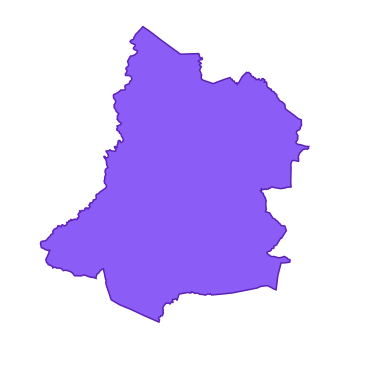 outline of Chu Puh, Gia Lai, Vietnam, rotated 114°
{"feature_id": "81297802B62904822955283", "entity_name": "Chu Puh", "entity_type": "district", "adm_level": 2, "iso_a3": "VNM", "parent_name": "Vietnam", "parent_adm1": "Gia Lai", "projection": "orthographic", "projection_center": [108.066, 13.509], "detail": "fine", "context": "isolated", "style": "filled", "palette": "violet", "viewbox_px": 384, "rotation_deg": 114, "n_neighbors": 0, "source": "geoboundaries", "source_scale": "gbopen_adm2", "svg_char_len": 6000}
<svg xmlns="http://www.w3.org/2000/svg" viewBox="0 0 384 384"><g transform="rotate(114 192 192)"><path d="M60.9,304.1L61.1,304.4L63.0,304.7L71.3,307.7L72.5,307.6L73.9,307.9L76.2,307.6L77.0,308.1L78.0,309.4L79.8,309.8L80.7,307.9L80.5,304.0L81.1,303.4L81.7,303.3L83.5,304.0L84.7,304.0L85.4,302.7L85.2,300.2L85.5,299.1L87.3,299.0L89.6,299.8L92.1,302.1L92.6,303.3L93.3,303.6L98.9,304.0L100.8,302.2L102.8,301.3L104.8,302.5L105.8,302.7L106.6,302.2L107.1,301.0L108.9,300.4L111.4,300.8L112.2,300.5L112.5,299.6L111.3,297.6L111.2,295.0L112.4,293.5L114.2,292.8L116.1,293.7L118.8,293.5L120.6,295.5L121.9,296.3L122.8,296.3L125.0,294.7L125.9,294.8L127.0,296.5L127.9,298.7L129.1,299.0L132.0,300.6L134.6,303.0L135.6,303.2L138.2,301.8L139.2,299.5L139.7,298.9L142.2,298.1L143.7,298.7L146.4,297.6L148.3,294.7L149.3,294.0L150.3,290.7L153.0,291.1L154.9,290.1L155.8,290.2L157.5,287.0L157.8,284.4L159.8,284.8L160.9,286.1L161.7,286.6L162.0,287.3L163.6,286.2L164.7,286.4L166.0,285.8L166.4,283.1L167.5,282.5L167.9,280.3L169.7,279.2L170.8,277.3L172.5,275.8L174.5,276.0L175.7,277.1L175.7,277.7L174.5,278.4L174.3,279.1L174.9,279.8L175.8,280.2L177.5,279.4L179.7,279.4L181.6,278.7L182.0,279.2L181.7,280.9L182.2,281.2L183.3,280.4L183.8,278.9L185.7,278.4L186.8,280.9L187.2,283.0L186.9,283.5L186.9,284.2L188.2,284.6L189.3,287.1L190.0,286.9L190.8,285.4L192.3,283.4L194.5,282.9L195.3,283.3L195.6,284.0L195.6,284.8L194.9,286.2L195.4,286.9L196.0,286.5L196.9,284.8L198.5,282.9L202.1,280.9L203.5,278.9L206.5,280.2L207.4,280.1L208.9,279.7L210.9,278.0L214.2,277.7L215.9,276.8L217.5,276.8L219.4,275.5L220.1,273.9L221.1,272.7L222.4,272.3L223.9,272.7L229.6,276.2L231.2,276.6L233.2,278.4L234.6,278.2L236.4,277.0L237.2,276.8L238.5,277.5L239.3,278.9L241.0,278.6L242.3,278.8L243.4,280.6L244.3,280.5L246.0,280.8L246.7,279.1L248.8,279.9L249.8,280.0L249.9,280.3L249.2,281.0L249.8,282.7L250.7,283.1L251.7,282.6L252.2,282.7L253.4,283.9L253.7,285.2L254.7,286.0L255.0,287.0L255.3,286.8L255.8,285.8L256.5,286.5L258.9,287.0L260.1,285.4L261.1,285.4L262.3,286.1L262.7,285.5L263.2,285.6L264.4,286.5L264.2,287.6L265.0,288.3L265.3,289.2L266.9,290.2L266.3,291.2L266.4,291.6L268.4,291.9L268.5,292.8L270.5,292.9L270.8,294.0L272.2,293.1L274.4,294.1L274.7,294.5L274.7,297.2L275.4,297.5L277.0,297.4L276.8,298.8L277.2,300.7L279.7,300.6L281.6,302.4L283.4,303.1L284.6,303.1L286.8,302.1L287.2,302.8L288.5,303.6L290.2,303.7L292.6,304.8L294.5,305.1L296.6,306.5L297.7,308.7L298.8,309.6L300.1,309.7L301.1,309.2L304.1,307.0L303.9,304.5L304.3,302.9L303.9,299.3L303.5,298.7L302.4,298.2L309.6,297.9L313.1,298.1L315.6,296.1L315.8,294.6L316.9,293.9L316.4,291.1L316.8,290.3L317.1,288.8L317.9,288.2L316.9,287.5L316.4,286.2L316.5,284.3L315.8,283.3L315.1,280.2L316.2,277.6L315.0,275.9L314.4,273.3L314.2,269.7L315.2,267.0L316.3,265.3L313.6,258.8L312.0,257.6L311.3,254.5L311.5,253.5L311.1,250.2L310.7,248.6L310.0,247.5L310.3,246.5L309.9,245.3L309.9,244.5L308.2,245.3L307.2,245.1L306.0,245.5L303.8,244.3L301.5,243.9L298.8,242.4L298.2,241.7L306.7,235.6L307.5,234.7L309.8,233.9L311.6,232.7L323.3,222.0L324.5,211.9L324.1,200.8L324.4,186.9L324.3,169.3L321.9,169.7L321.1,171.1L320.6,171.4L319.9,171.2L318.9,170.2L317.7,170.2L317.4,169.1L317.0,168.8L313.9,169.0L313.2,169.8L311.9,170.0L309.6,171.6L306.8,171.4L304.3,170.5L303.0,168.3L303.2,166.6L302.7,166.3L301.3,166.4L300.6,164.5L300.0,164.7L299.6,165.7L297.9,166.0L297.7,164.8L296.0,163.3L296.9,161.8L296.7,161.6L291.1,162.3L290.2,161.8L285.5,155.0L285.0,152.3L283.9,151.5L283.3,151.8L283.1,149.5L283.6,148.4L282.0,145.8L282.3,143.4L281.1,139.9L280.9,138.0L278.6,136.0L278.4,134.3L277.6,133.8L278.1,132.2L271.3,120.1L267.4,113.5L253.2,93.4L250.2,90.7L247.1,85.4L246.8,84.5L247.3,77.8L247.2,75.4L233.7,79.5L220.6,81.8L218.9,78.2L216.4,74.2L214.3,74.7L214.0,75.1L214.3,77.0L213.5,78.6L213.3,81.5L215.3,83.6L216.8,85.9L217.6,91.1L218.4,92.4L218.7,94.1L218.2,95.5L218.3,96.8L216.8,99.0L215.7,98.5L214.3,96.7L213.1,96.0L211.4,96.2L210.2,94.5L209.5,94.5L208.8,95.1L208.2,95.2L206.1,93.3L198.0,92.2L197.8,91.4L188.9,90.1L185.3,93.3L186.4,96.8L185.1,99.0L184.9,100.2L183.9,102.0L183.6,104.0L183.0,104.8L183.0,107.4L179.6,112.5L180.0,116.9L177.5,117.1L174.9,118.7L172.0,120.1L169.9,120.6L168.3,122.2L167.7,122.4L167.4,123.2L166.4,124.0L166.3,124.7L164.2,126.5L164.2,127.9L163.1,129.8L162.6,128.9L161.2,129.9L160.7,129.8L161.0,128.7L160.8,127.9L159.6,126.5L159.6,125.5L158.6,124.6L158.4,123.5L157.3,123.1L156.7,122.3L154.7,121.0L154.6,119.1L152.8,112.2L150.2,108.2L149.0,107.2L147.1,103.5L142.9,105.8L130.1,111.1L126.4,113.0L123.8,113.3L122.7,113.2L121.9,112.2L121.5,111.1L120.7,107.3L120.1,107.2L117.0,109.0L115.0,109.5L112.6,109.4L108.2,108.0L106.6,106.0L105.9,103.9L104.8,103.3L104.3,103.7L102.9,103.8L104.0,106.5L104.6,111.8L105.4,114.7L105.2,116.0L104.6,117.2L104.0,117.6L102.8,116.9L100.4,116.9L99.7,117.7L98.9,117.6L97.5,118.1L96.2,120.1L95.2,120.9L93.6,120.9L91.5,119.2L90.0,118.9L89.2,119.4L86.2,119.1L84.7,120.1L81.7,121.4L81.7,125.4L80.5,129.4L78.2,140.0L77.7,140.7L74.3,142.8L73.1,145.9L73.0,148.5L72.4,150.0L71.4,151.3L70.7,152.9L68.8,154.1L68.3,154.9L68.0,156.5L67.2,157.6L67.2,160.6L65.9,161.3L66.0,162.5L66.4,162.9L65.7,163.8L65.7,165.4L65.0,166.4L61.4,168.5L61.3,169.6L62.3,170.5L62.3,170.8L61.0,170.5L59.8,171.4L60.0,172.3L59.5,173.0L59.7,173.6L60.2,174.2L61.2,173.7L62.0,174.4L62.1,175.4L61.4,176.4L61.7,176.8L61.6,177.2L62.6,177.5L62.7,178.4L63.3,179.3L62.2,180.3L62.6,181.2L62.3,182.1L61.7,182.8L62.3,183.9L61.6,184.7L61.3,185.8L60.1,186.5L60.3,187.7L59.6,188.7L60.4,189.4L60.5,190.9L66.6,193.2L73.2,193.7L73.4,194.2L73.9,194.5L75.3,194.5L74.2,195.7L75.0,196.4L75.0,196.9L73.5,198.6L73.9,200.1L73.6,200.7L72.7,201.1L72.9,202.1L72.0,203.8L75.8,208.1L84.4,216.8L85.3,226.9L85.1,229.2L82.8,230.5L81.2,230.7L80.5,231.8L79.2,232.7L77.6,234.6L73.6,234.5L73.3,236.4L72.7,237.1L72.1,237.0L71.3,236.0L70.8,235.9L70.4,236.4L69.9,239.6L68.2,238.7L67.4,237.2L66.7,236.6L66.3,236.6L65.2,237.6L66.0,238.5L66.0,239.3L62.8,242.1L70.5,258.0L70.7,259.1L66.0,281.0L62.4,296.0L60.9,304.1Z" fill="#8b5cf6" stroke="#5b21b6" stroke-width="1.5"/></g></svg>